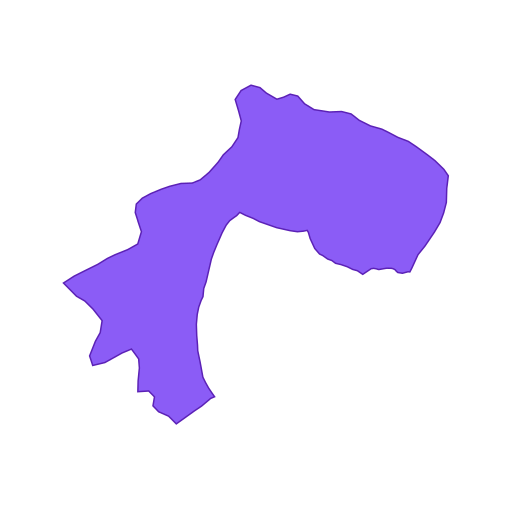 Ndokwa West, Delta, Nigeria, rotated 222°
{"feature_id": "59680162B28606864431003", "entity_name": "Ndokwa West", "entity_type": "district", "adm_level": 2, "iso_a3": "NGA", "parent_name": "Nigeria", "parent_adm1": "Delta", "projection": "natural_earth1", "projection_center": [6.332, 5.825], "detail": "fine", "context": "isolated", "style": "filled", "palette": "violet", "viewbox_px": 512, "rotation_deg": 222, "n_neighbors": 0, "source": "geoboundaries", "source_scale": "gbopen_adm2", "svg_char_len": 2086}
<svg xmlns="http://www.w3.org/2000/svg" viewBox="0 0 512 512"><g transform="rotate(222 256 256)"><path d="M166.8,444.3L174.4,446.1L186.9,446.6L196.1,445.9L209.7,444.5L219.5,443.1L229.9,439.1L240.2,436.5L247.3,434.5L258.1,429.2L270.1,425.9L280.4,425.2L289.1,420.6L297.8,412.1L303.5,408.4L310.8,403.6L321.7,401.6L332.0,402.8L338.9,399.1L341.6,392.8L342.4,391.4L345.4,386.5L357.3,384.0L365.7,383.8L374.0,379.6L377.8,369.0L376.2,358.4L365.9,352.1L357.3,346.5L354.7,341.9L353.0,338.9L348.6,331.9L347.0,321.0L348.0,309.4L346.9,300.4L346.8,286.9L347.6,280.9L348.4,275.3L352.2,267.5L360.3,259.7L366.8,250.0L371.1,242.2L376.0,231.9L379.2,222.9L379.7,214.5L374.8,207.5L367.4,203.2L367.2,203.0L357.4,197.4L351.9,185.8L355.6,174.9L361.6,162.6L363.2,158.7L364.8,154.8L368.0,143.9L373.4,130.3L377.7,119.3L381.0,107.1L362.4,106.0L353.2,108.0L341.8,107.5L327.1,105.0L320.5,94.8L318.3,85.2L312.8,70.4L307.9,67.6L304.1,65.4L297.0,75.7L290.6,94.4L286.3,103.5L280.3,102.3L274.3,101.0L267.7,94.7L260.1,84.4L253.0,76.1L245.4,83.9L237.2,83.4L232.3,75.7L224.1,75.1L213.8,78.5L202.9,77.9L198.1,99.8L196.0,108.2L194.4,119.8L192.6,123.7L196.6,124.6L202.7,126.1L208.9,128.2L214.4,130.4L226.6,139.8L235.9,146.6L239.8,150.6L246.9,157.3L254.6,165.3L260.6,173.3L264.4,179.8L267.1,186.4L268.2,190.3L273.1,196.9L274.1,199.3L275.8,203.4L287.1,223.8L289.8,230.3L291.9,236.2L292.7,238.4L294.1,242.7L296.7,250.5L298.8,258.9L299.2,264.7L298.0,270.5L297.4,273.0L297.3,277.5L297.1,277.6L291.1,279.2L283.2,282.1L276.5,283.8L259.6,290.9L247.7,297.6L242.0,301.4L241.4,301.8L237.4,306.2L235.1,309.3L232.9,308.6L227.4,305.2L217.4,300.9L210.1,300.0L206.8,301.0L200.7,301.7L196.6,303.4L192.0,303.8L187.1,306.5L181.0,309.1L175.2,310.7L170.8,312.9L164.4,313.8L161.9,323.7L160.8,324.9L160.5,325.4L158.0,327.0L156.2,327.8L155.6,328.2L152.8,331.8L150.7,334.4L147.1,337.5L145.4,338.4L143.1,338.9L141.8,338.6L139.6,338.6L135.6,341.2L132.5,346.0L131.0,347.1L132.1,351.3L136.5,365.4L137.1,376.4L139.4,393.1L141.6,404.0L145.4,413.6L150.4,423.2L159.6,434.0L161.8,437.2L166.8,444.3Z" fill="#8b5cf6" stroke="#5b21b6" stroke-width="1.5"/></g></svg>